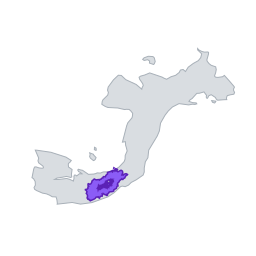 Chepo, Panama shown in context, rotated 138°
{"feature_id": "35544464B69999703107277", "entity_name": "Chepo", "entity_type": "district", "adm_level": 2, "iso_a3": "PAN", "parent_name": "Panama", "parent_adm1": "", "projection": "orthographic", "projection_center": [-78.725, 9.102], "detail": "fine", "context": "in_parent", "style": "filled", "palette": "violet", "viewbox_px": 256, "rotation_deg": 138, "n_neighbors": 0, "source": "geoboundaries", "source_scale": "gbopen_adm2", "svg_char_len": 8419}
<svg xmlns="http://www.w3.org/2000/svg" viewBox="0 0 256 256"><g transform="rotate(138 128 128)"><path d="M231.6,118.8L230.9,119.3L228.8,122.3L227.6,124.9L230.3,127.6L231.2,130.5L232.7,133.7L235.1,136.8L237.8,142.7L238.4,145.0L237.7,146.6L235.1,147.5L232.8,150.3L232.1,153.6L232.6,155.3L225.5,160.6L223.6,161.5L222.4,160.7L220.9,158.0L219.1,155.9L218.1,155.1L217.5,155.1L217.0,155.6L216.7,156.8L217.7,161.8L216.9,163.8L214.5,165.4L211.7,173.6L210.6,172.5L201.5,161.5L193.6,147.9L191.9,141.8L194.0,141.4L196.0,141.5L197.0,140.6L198.3,138.8L197.3,134.6L201.1,131.4L202.5,129.3L203.6,129.5L206.1,133.2L209.7,135.3L214.2,138.3L217.0,138.9L213.5,135.8L207.4,131.6L205.7,128.9L204.1,125.1L201.8,126.7L200.7,128.1L199.4,128.9L198.4,128.0L198.2,126.7L194.6,126.5L193.7,125.4L192.8,124.7L193.2,127.1L193.9,128.6L193.5,130.4L192.4,130.5L191.4,128.7L190.1,127.0L188.4,120.0L184.4,116.8L182.5,115.7L181.0,115.3L178.7,113.0L175.8,111.9L171.7,108.4L166.8,105.9L160.7,105.0L153.3,105.6L150.9,106.9L149.2,108.7L148.4,109.5L144.0,111.5L142.4,114.4L141.3,116.8L139.1,119.6L141.6,121.2L127.4,130.6L124.6,132.0L118.2,132.9L116.7,133.9L114.7,135.8L114.5,138.6L114.7,141.0L116.6,142.9L118.2,144.0L122.2,149.7L129.2,156.7L130.5,159.3L131.6,163.1L129.5,164.9L127.8,165.7L121.1,166.0L118.8,167.5L117.9,169.8L115.3,171.7L106.7,173.5L99.9,173.7L97.8,171.5L97.3,165.4L92.8,154.9L91.8,147.6L90.6,148.5L88.2,149.4L87.4,151.2L86.7,156.5L85.8,158.3L83.9,158.1L80.1,156.2L75.0,154.4L68.6,143.0L67.9,140.9L66.7,138.4L61.7,137.3L57.4,135.3L52.7,135.0L50.3,136.0L47.9,134.6L47.5,131.5L42.6,132.9L36.3,132.3L30.7,131.0L26.9,131.6L23.6,133.8L24.0,139.4L23.1,140.5L23.0,138.2L21.9,135.5L20.5,133.3L17.7,131.0L17.6,130.2L18.7,129.1L23.9,125.8L24.5,124.5L24.7,121.6L24.2,118.9L21.9,114.8L23.3,112.4L25.9,110.4L28.7,108.9L29.1,108.2L28.7,106.8L27.1,105.3L23.4,102.8L21.2,102.6L21.2,95.4L21.4,87.7L21.9,86.9L23.3,86.5L24.4,85.3L25.0,83.1L26.7,82.3L29.6,84.1L32.5,85.6L33.8,85.1L34.7,84.4L35.4,83.7L35.6,83.0L38.0,85.0L42.8,88.7L43.1,90.5L42.6,92.2L43.9,97.1L46.4,97.9L49.0,96.9L49.6,97.8L49.1,98.7L47.8,99.7L47.4,104.0L51.6,106.0L53.7,107.7L60.6,107.0L63.2,107.4L64.9,107.0L63.0,103.6L60.5,101.0L60.7,99.9L62.6,100.8L64.1,102.5L67.5,104.6L73.8,112.0L81.0,113.9L86.7,113.7L92.0,112.7L100.5,109.9L106.7,104.8L111.6,102.5L127.4,97.7L133.1,92.6L135.5,91.9L137.7,91.3L142.7,87.4L145.4,84.4L148.3,82.9L156.6,84.0L162.1,85.4L165.8,85.2L169.4,86.3L171.0,88.5L172.6,89.4L181.5,89.2L188.8,90.2L204.7,96.7L214.2,103.2L219.3,110.0L231.6,118.8ZM71.2,169.2L69.1,169.4L64.9,167.7L61.8,164.5L61.5,163.5L61.6,162.4L63.3,159.2L65.6,158.1L66.5,158.1L68.6,161.9L67.1,163.3L67.7,165.6L70.8,167.4L71.2,169.2ZM173.9,133.6L173.1,135.2L171.3,131.6L171.6,130.7L171.5,127.4L173.2,126.6L174.4,126.5L175.5,126.9L176.1,130.8L175.6,132.5L173.9,133.6ZM48.0,90.6L47.5,92.4L44.7,89.1L46.4,88.6L47.0,88.7L48.0,90.6ZM167.5,134.4L165.8,136.1L165.2,134.4L166.4,132.8L166.8,132.8L167.5,134.4Z" fill="#d9dde1" stroke="#a8b0b8" stroke-width="1"/><path d="M202.8,106.0L203.5,104.5L205.1,103.5L204.8,103.2L205.5,101.9L204.8,101.4L205.0,100.3L204.3,99.5L204.6,99.1L200.7,97.8L199.2,97.6L198.1,98.0L196.3,96.9L196.7,96.6L196.1,94.9L194.6,95.7L193.4,95.3L192.9,94.6L191.7,95.3L191.4,96.2L190.9,95.7L190.3,96.0L189.7,93.6L188.7,93.2L189.1,92.3L188.8,91.9L188.1,91.8L187.2,92.7L185.5,92.6L185.3,93.0L184.3,92.8L182.4,91.3L180.8,90.7L179.8,91.6L177.0,90.9L175.2,92.1L174.2,91.6L173.5,92.6L173.6,93.2L172.5,94.0L171.5,93.8L169.3,94.5L166.7,94.4L166.9,93.9L166.3,93.2L164.8,93.4L164.0,93.0L161.8,93.9L159.9,93.6L159.4,93.8L160.0,95.4L162.1,96.4L162.9,96.1L164.0,97.2L161.8,98.3L161.0,99.6L161.2,100.9L161.7,101.4L164.8,102.2L164.9,103.6L165.3,103.8L164.9,104.0L165.1,104.4L164.7,104.7L164.9,104.3L164.2,104.2L164.0,105.1L164.0,104.4L163.6,104.4L163.8,105.2L163.7,105.1L164.2,105.5L163.9,105.2L165.4,105.7L166.4,105.2L166.2,105.9L168.3,106.9L168.6,106.6L167.4,105.8L168.4,106.3L168.4,106.0L168.6,106.0L168.6,105.9L168.6,105.7L168.8,105.7L168.5,106.4L169.0,106.6L168.6,106.8L172.8,108.6L173.3,108.5L173.8,107.6L176.1,107.6L177.4,106.9L178.6,108.2L179.5,108.2L179.9,107.7L180.9,108.2L182.4,108.0L183.0,108.6L184.0,108.3L184.4,109.4L186.4,110.8L187.2,112.7L190.4,112.7L190.9,112.1L192.7,111.4L194.1,111.7L194.5,113.0L195.0,113.2L196.0,112.4L196.3,110.9L197.3,111.0L198.2,109.9L199.3,109.9L200.8,110.8L201.1,110.5L200.8,109.7L201.2,108.0L202.8,107.3L202.8,106.0ZM178.8,102.7L178.8,103.5L178.7,102.7L177.0,102.4L176.5,102.0L176.7,101.7L175.1,101.6L174.9,101.1L175.0,101.0L174.6,100.9L174.4,100.7L175.1,100.9L175.4,101.3L175.6,101.2L175.7,100.9L175.3,101.1L175.2,100.5L175.3,100.2L174.7,100.2L174.8,99.2L174.3,98.9L174.7,98.7L175.0,99.1L174.8,98.6L175.0,98.6L174.9,98.5L175.0,98.4L174.9,98.3L174.9,98.2L175.3,98.4L175.1,99.2L175.5,98.3L176.0,98.3L175.9,99.0L176.3,98.6L176.5,98.8L176.4,98.4L176.5,97.9L176.7,98.7L176.9,98.1L177.3,98.3L176.9,98.9L177.3,98.6L177.3,98.8L177.4,99.1L177.6,99.4L177.3,99.5L177.6,99.6L177.8,98.2L176.8,97.9L176.9,97.5L178.1,97.4L177.9,97.2L178.1,96.9L178.2,97.3L179.3,97.4L179.0,96.9L179.3,96.6L179.6,97.3L180.4,97.2L180.7,96.8L180.6,97.4L181.0,97.6L181.8,97.0L181.7,97.5L183.1,97.4L182.6,97.5L182.7,98.0L183.4,97.5L183.2,98.2L184.9,97.9L184.1,98.4L184.5,98.3L184.7,98.7L184.0,98.7L183.7,99.6L183.3,99.8L184.2,100.1L184.3,100.8L184.6,100.3L185.0,100.0L185.0,100.6L185.5,100.2L185.9,100.7L187.9,101.0L187.8,100.9L188.3,100.1L187.9,100.9L189.2,101.0L188.6,101.5L189.3,101.6L189.1,102.2L189.4,101.7L190.3,101.7L190.8,103.0L191.2,102.2L191.6,102.0L191.1,102.8L191.6,103.1L191.0,102.9L190.7,103.6L190.7,103.3L190.5,103.1L190.5,102.9L190.4,103.7L190.3,102.8L190.0,103.0L189.8,102.8L189.7,103.3L189.5,103.5L189.7,103.2L189.3,103.1L189.5,102.9L189.2,102.8L188.8,104.7L188.3,105.1L188.4,104.5L188.0,104.6L188.3,102.9L187.8,103.3L187.2,102.7L187.2,103.4L186.7,103.1L187.0,103.6L186.8,103.7L186.5,103.2L186.2,103.3L186.6,103.0L186.3,102.8L186.8,102.7L186.3,102.6L186.6,102.4L186.4,101.4L185.5,103.1L184.9,102.9L185.5,102.3L184.9,102.6L184.9,101.1L185.4,100.5L185.0,100.7L184.6,100.6L184.5,101.0L184.8,100.8L185.0,100.9L184.4,101.2L184.6,102.2L184.1,102.0L183.9,102.5L184.0,101.3L183.6,101.1L183.5,102.0L183.0,102.5L182.5,102.3L182.9,102.1L182.7,101.3L183.1,101.1L182.7,101.1L182.4,100.5L183.0,100.9L182.8,100.5L184.2,100.8L183.7,100.5L183.9,100.2L183.3,100.3L182.7,99.9L183.5,99.5L183.6,98.8L182.2,98.7L181.6,98.3L179.7,98.0L178.6,98.8L177.9,98.4L178.2,98.8L177.7,99.1L178.3,99.2L178.1,99.6L179.9,99.8L179.3,100.0L179.3,100.3L179.2,100.3L179.6,100.2L179.9,100.4L179.8,100.5L180.2,99.9L180.8,99.9L180.3,100.7L181.0,100.6L181.2,101.0L180.4,100.8L180.7,101.3L181.3,101.6L181.7,102.0L181.8,101.9L182.0,102.1L181.5,102.3L181.1,101.6L180.3,101.5L180.4,102.3L180.7,102.3L180.8,102.6L180.4,102.4L180.2,102.9L179.8,102.2L179.9,102.6L179.6,102.7L179.4,102.1L179.2,102.9L178.8,102.7ZM190.5,103.7L190.7,103.8L190.4,103.9L190.5,103.7ZM189.6,103.2L189.4,103.2L189.6,103.2L189.6,103.2ZM175.6,99.7L175.6,100.9L177.5,100.5L176.8,100.4L176.8,100.0L176.7,100.3L175.6,99.7ZM175.6,98.6L175.4,99.2L175.6,99.0L175.5,99.5L174.8,99.5L175.2,99.7L175.3,99.5L175.7,99.7L175.9,99.5L176.1,99.6L175.6,98.6ZM189.9,102.3L189.3,102.4L189.2,102.6L189.9,102.6L190.1,102.8L190.2,102.7L189.9,102.5L189.9,102.3ZM184.1,98.4L183.5,98.3L184.1,98.4ZM165.4,107.7L165.0,107.5L165.1,107.9L165.4,107.7ZM190.5,102.4L190.0,102.3L190.5,102.6L190.5,102.4ZM179.7,100.5L179.5,100.4L179.6,100.6L179.7,100.5ZM182.9,98.6L182.7,98.5L182.9,98.6ZM178.0,99.6L177.9,99.3L177.8,99.6L178.0,99.6ZM178.1,98.3L177.9,98.2L177.8,98.3L178.1,98.3ZM180.4,101.4L180.3,101.2L180.2,101.3L180.4,101.4ZM176.5,99.4L176.3,99.5L176.5,99.5L176.5,99.4ZM179.2,100.3L179.1,100.1L179.2,100.3L179.2,100.3ZM177.4,99.0L177.2,99.0L177.4,99.1L177.4,99.0ZM177.5,102.0L177.4,102.1L177.5,102.0ZM180.0,100.9L179.9,100.8L179.9,101.0L180.0,100.9ZM176.1,99.8L175.9,99.7L176.0,99.8L176.1,99.8ZM179.3,99.8L179.1,99.7L179.1,99.9L179.3,99.8ZM189.6,102.0L189.6,101.9L189.5,102.0L189.6,102.0ZM176.3,99.6L176.2,99.5L176.3,99.6ZM183.3,100.7L183.2,100.6L183.3,100.7ZM176.5,99.1L176.3,99.0L176.5,99.1ZM176.6,99.5L176.7,99.4L176.6,99.5ZM175.1,99.8L175.1,99.7L175.1,99.8ZM176.2,99.3L176.2,99.2L176.1,99.3L176.2,99.3ZM180.5,101.1L180.3,101.1L180.5,101.1ZM176.2,99.0L176.3,98.9L176.1,99.0L176.2,99.0ZM189.7,102.7L189.7,102.9L189.7,102.7ZM175.3,99.9L175.4,99.7L175.3,99.9ZM176.3,99.3L176.2,99.1L176.3,99.3ZM179.0,99.8L179.0,99.7L178.8,99.7L179.0,99.8Z" fill="#8b5cf6" stroke="#5b21b6" stroke-width="1.5"/></g></svg>